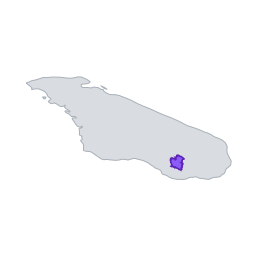 Ankazoabo, Atsimo-Andrefana, Madagascar shown in context, rotated 279°
{"feature_id": "10022922B67140219559440", "entity_name": "Ankazoabo", "entity_type": "district", "adm_level": 2, "iso_a3": "MDG", "parent_name": "Madagascar", "parent_adm1": "Atsimo-Andrefana", "projection": "equal_earth", "projection_center": [44.688, -22.132], "detail": "fine", "context": "in_parent", "style": "filled", "palette": "violet", "viewbox_px": 256, "rotation_deg": 279, "n_neighbors": 0, "source": "geoboundaries", "source_scale": "gbopen_adm2", "svg_char_len": 6172}
<svg xmlns="http://www.w3.org/2000/svg" viewBox="0 0 256 256"><g transform="rotate(279 128 128)"><path d="M160.1,26.5L160.6,28.2L161.3,29.8L163.2,33.7L164.1,35.2L164.8,36.8L165.1,40.0L166.4,45.0L167.5,52.5L167.8,60.1L168.2,63.6L169.1,66.9L170.6,70.3L171.0,74.1L170.1,78.0L168.7,81.7L168.3,82.4L167.7,83.4L167.4,83.3L166.3,82.4L165.4,80.8L164.4,77.1L164.0,75.3L163.5,75.0L162.2,75.1L161.2,76.3L161.0,77.0L161.2,79.1L161.6,81.0L161.7,82.8L161.7,85.2L162.1,85.9L162.6,86.5L163.1,88.1L163.2,91.8L162.8,93.7L161.9,95.3L161.9,96.1L162.3,97.1L161.9,97.6L160.7,98.3L160.2,98.9L159.5,100.5L158.4,103.9L158.3,105.6L158.9,110.7L158.7,114.4L157.2,121.4L156.4,124.7L155.3,128.6L153.5,133.8L151.8,140.4L150.3,147.1L149.2,151.1L148.0,155.1L146.3,162.1L144.8,169.2L142.7,176.9L139.8,185.6L139.5,186.7L138.9,191.2L138.2,195.0L137.4,198.8L135.8,205.0L135.6,207.0L135.2,208.8L133.7,212.7L133.0,214.2L132.6,215.7L132.3,217.7L131.8,219.6L130.7,223.1L129.0,226.0L127.9,227.1L125.4,228.7L124.2,229.0L121.5,229.1L118.8,229.9L116.1,231.7L113.4,233.6L112.4,234.6L111.3,235.1L107.8,235.2L106.7,234.8L103.2,231.6L101.8,231.0L99.3,230.6L98.5,230.3L97.8,229.9L96.7,228.2L94.7,226.8L94.2,226.3L93.9,225.3L93.6,224.2L93.1,223.0L92.7,220.8L92.0,219.2L90.1,216.4L89.9,215.5L89.7,212.5L89.8,210.5L89.6,206.7L89.8,205.0L90.5,203.4L90.2,201.7L89.5,199.9L89.2,198.1L88.7,196.4L86.7,193.3L86.2,191.9L85.8,190.3L85.1,185.5L85.0,183.8L85.1,180.2L85.3,178.4L85.8,177.1L86.0,176.1L86.3,175.3L86.7,174.6L87.1,173.9L87.8,169.3L88.8,168.3L90.2,167.7L91.3,166.5L92.0,164.9L92.6,161.5L94.4,158.2L95.0,156.5L96.5,153.8L97.7,150.1L98.1,148.4L98.4,146.6L98.7,142.6L99.0,140.7L98.9,138.7L98.2,136.8L96.4,133.1L96.4,132.5L96.5,129.8L96.4,127.8L95.7,125.9L94.9,124.0L94.1,120.6L93.7,114.9L93.7,112.9L93.5,111.1L92.9,109.3L93.3,106.3L98.6,95.3L98.7,94.0L98.5,90.6L98.6,88.6L98.8,87.9L99.2,87.5L100.1,87.3L104.4,86.8L104.9,86.4L106.0,85.5L107.5,83.7L108.1,83.2L108.7,83.4L109.1,84.2L109.6,84.6L111.3,83.8L111.9,83.7L112.6,83.9L112.9,83.1L113.1,82.1L113.4,81.4L113.8,81.0L116.1,80.8L117.5,80.5L119.3,79.8L119.7,79.9L121.2,82.5L121.6,82.7L122.2,82.8L122.7,82.3L121.5,81.0L121.3,80.2L121.4,79.4L122.0,77.6L123.1,76.2L125.5,74.1L128.0,71.6L128.7,71.4L129.3,71.8L129.8,74.7L129.7,75.2L130.1,75.3L130.6,74.9L131.0,73.7L131.0,72.8L130.7,71.8L130.5,71.1L130.5,70.3L131.8,68.6L132.8,67.0L133.2,65.1L133.6,64.2L134.7,63.1L135.0,63.3L135.2,64.1L135.4,65.0L135.1,65.9L134.7,66.7L134.6,67.9L135.1,68.1L135.7,67.8L136.5,65.7L137.5,63.8L138.0,62.8L138.7,62.1L139.9,62.2L141.0,62.6L139.2,60.6L138.7,57.8L140.9,52.9L140.9,51.9L141.3,51.6L141.4,51.2L140.3,49.5L140.1,48.7L140.2,47.5L140.8,46.4L141.3,45.6L142.0,45.3L142.5,45.7L143.7,47.1L144.6,47.3L145.5,46.0L146.4,44.4L147.6,43.2L149.0,42.5L151.1,40.0L152.5,34.6L152.6,33.1L152.3,31.2L151.8,29.4L151.0,27.1L151.3,26.6L152.4,26.9L152.8,26.6L154.1,24.6L156.1,20.8L156.8,20.8L157.4,21.5L157.6,22.5L158.0,23.3L159.4,25.1L160.1,26.5ZM145.6,41.5L145.6,42.1L144.1,41.9L143.8,39.9L144.6,39.8L144.8,39.0L145.2,38.9L145.7,40.7L145.6,41.5ZM164.3,98.5L162.9,101.4L163.3,98.9L164.9,95.4L165.3,95.1L164.3,98.5Z" fill="#d9dde1" stroke="#a8b0b8" stroke-width="1"/><path d="M108.5,180.4L108.2,180.4L108.0,180.5L108.0,180.8L107.9,180.9L107.9,181.0L107.7,181.0L107.4,181.0L107.3,180.8L107.2,180.6L107.0,180.3L106.9,180.3L106.7,180.2L106.4,180.0L106.5,179.8L106.4,179.7L106.5,179.6L106.5,179.4L106.4,179.3L106.4,179.2L106.2,179.4L105.9,179.7L105.9,179.8L105.7,180.0L105.4,180.2L105.0,180.1L104.8,179.9L104.7,180.0L104.4,180.2L104.2,179.9L104.4,179.9L104.5,179.7L104.6,179.4L104.6,179.2L104.7,178.9L104.8,178.8L104.8,178.6L104.8,178.4L105.0,178.3L105.0,178.2L104.9,177.9L105.0,177.7L104.9,177.4L105.0,177.2L104.9,177.1L104.8,176.8L104.9,176.6L104.7,176.5L104.7,176.4L104.8,176.4L104.7,176.3L104.8,176.2L104.7,176.2L104.6,175.9L104.6,175.6L104.7,175.4L104.8,175.2L104.7,174.9L104.2,175.0L103.8,175.2L103.7,175.2L103.4,175.2L103.3,175.3L103.2,175.3L102.9,175.3L102.8,175.2L102.5,175.3L102.5,175.2L102.4,175.3L102.0,175.3L101.8,175.4L101.3,175.4L101.0,175.5L100.9,175.5L100.7,175.6L100.6,175.8L100.5,176.0L100.3,176.2L100.1,176.2L99.9,176.2L99.7,176.3L99.2,176.5L98.9,176.7L98.8,176.9L98.6,176.8L98.3,176.9L98.2,177.0L98.0,176.9L97.9,176.8L97.7,176.9L97.5,177.2L97.4,177.2L97.3,176.8L97.2,176.7L96.9,176.5L96.9,176.8L96.8,177.1L96.7,177.2L96.8,177.3L96.8,177.8L96.8,178.0L97.0,178.2L97.0,178.4L97.2,178.5L97.2,178.9L97.1,179.0L96.9,179.2L96.8,179.3L96.7,179.3L96.4,179.4L96.4,179.5L96.6,179.7L96.5,179.9L96.5,180.0L96.6,180.3L96.5,180.5L96.4,180.7L96.5,180.8L96.4,180.8L96.5,180.9L96.4,181.2L96.4,181.4L96.2,181.4L96.1,181.6L96.2,181.9L96.2,182.0L96.0,182.4L96.0,182.8L96.0,183.0L95.9,183.2L95.9,183.3L95.8,183.7L95.7,183.8L95.6,184.2L95.6,184.3L95.4,184.5L95.2,184.6L95.0,184.9L95.1,185.0L95.1,185.3L95.2,185.6L94.9,186.0L94.8,186.5L95.0,186.7L94.9,186.8L95.0,186.8L95.3,187.0L95.3,187.3L95.4,187.5L95.5,187.6L95.8,187.6L96.0,187.5L96.1,187.4L96.2,187.1L96.3,187.0L96.4,186.9L96.5,186.9L96.7,187.0L96.8,186.9L96.9,187.0L97.1,187.0L97.3,187.1L97.4,187.4L97.4,187.5L97.5,187.6L97.9,187.7L98.0,187.7L98.3,187.7L98.5,187.6L99.1,187.3L99.0,187.1L99.1,186.9L99.3,187.0L99.5,187.1L99.7,187.3L99.8,187.3L99.7,187.4L99.7,187.5L99.8,187.5L100.0,187.6L100.3,187.7L100.5,187.6L100.6,187.4L100.8,187.2L101.0,187.0L101.3,187.8L101.6,187.7L101.6,187.2L101.8,187.2L102.0,187.0L102.0,186.9L102.1,186.7L102.2,186.4L102.3,186.1L102.3,185.9L102.4,186.0L102.5,186.1L102.8,186.1L103.0,186.3L103.1,186.5L103.4,186.7L103.5,186.6L103.9,186.6L104.1,186.7L104.3,186.7L104.5,186.6L104.6,186.4L104.8,186.4L105.0,186.6L105.7,187.0L105.8,187.0L106.0,187.2L106.0,187.3L106.0,187.5L105.9,187.6L105.9,187.8L106.0,187.8L106.3,188.2L106.5,188.1L106.5,187.9L106.5,187.5L106.7,187.4L106.8,187.1L107.1,187.0L107.3,186.8L107.3,186.6L107.4,186.3L107.6,186.2L107.7,185.9L107.7,185.7L107.8,185.4L107.8,185.2L108.0,185.1L108.2,184.9L108.2,184.7L108.0,184.2L108.2,183.9L108.2,183.6L108.3,183.5L108.3,183.4L108.2,183.3L108.3,183.2L108.5,183.0L108.7,182.9L108.8,182.8L108.8,182.5L108.6,182.3L108.6,182.2L108.9,181.9L109.0,181.8L109.0,181.6L108.9,181.6L108.7,181.2L108.7,180.8L108.7,180.7L108.5,180.4Z" fill="#8b5cf6" stroke="#5b21b6" stroke-width="1.5"/></g></svg>